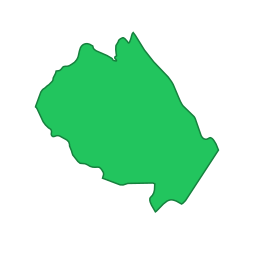 Naâma, orthographic projection, rotated 321°
{"feature_id": "DZA-2149", "entity_name": "Naâma", "entity_type": "Province", "adm_level": 1, "iso_a3": "DZA", "parent_name": "Algeria", "parent_adm1": "", "projection": "orthographic", "projection_center": [-0.771, 33.209], "detail": "fine", "context": "isolated", "style": "filled", "palette": "green", "viewbox_px": 256, "rotation_deg": 321, "n_neighbors": 0, "source": "natural_earth", "source_scale": "10m", "svg_char_len": 2399}
<svg xmlns="http://www.w3.org/2000/svg" viewBox="0 0 256 256"><g transform="rotate(321 128 128)"><path d="M96.5,210.4L97.7,202.8L98.6,199.7L99.3,198.2L100.5,196.7L101.6,196.1L104.6,195.7L107.2,194.6L109.6,192.8L113.7,188.2L112.6,186.3L92.9,170.9L88.4,169.2L86.1,167.2L76.6,151.0L79.6,148.9L80.1,148.3L80.6,147.6L80.9,146.8L81.0,145.9L81.3,144.1L81.3,142.1L80.9,140.4L79.7,139.2L77.6,137.7L75.8,136.0L74.4,133.9L73.4,131.2L72.2,128.8L68.6,125.3L68.0,122.5L68.1,114.2L68.9,112.1L69.8,110.0L71.2,105.3L72.3,103.8L73.2,101.5L72.9,98.7L69.8,91.1L69.0,90.1L67.8,89.1L65.4,88.2L64.3,87.5L63.9,86.1L64.2,84.9L64.9,84.0L65.7,83.3L66.5,82.4L67.0,81.2L67.1,80.2L66.3,77.8L65.8,73.6L66.0,69.7L69.4,56.1L69.6,54.5L69.4,53.4L70.4,52.7L82.9,45.2L85.4,44.5L86.4,44.4L88.5,44.6L91.9,44.4L93.5,44.6L98.2,44.1L98.9,43.9L99.5,43.7L100.4,43.0L101.3,42.1L101.7,41.9L105.9,40.0L106.7,39.5L108.0,38.5L109.8,39.6L110.7,40.1L111.9,40.4L113.4,40.2L115.5,39.7L116.3,39.7L117.1,40.0L118.4,40.8L119.5,41.7L120.9,42.4L122.5,42.8L127.7,43.3L130.9,42.7L132.7,42.0L134.3,41.1L138.7,37.6L141.6,35.7L143.0,35.2L144.3,35.0L145.7,35.0L147.1,35.4L148.5,36.1L149.5,36.9L150.5,38.2L151.0,39.0L152.2,42.1L151.3,44.1L151.2,45.1L151.5,46.7L151.9,48.1L157.3,58.5L159.2,63.5L159.3,64.5L159.1,65.1L159.1,65.9L159.3,66.5L160.6,68.1L160.9,68.4L161.3,68.5L161.5,68.3L161.7,67.9L161.8,67.5L161.8,67.0L161.7,66.3L161.7,66.0L161.7,65.6L161.8,65.3L161.9,65.1L162.4,64.7L162.8,64.5L163.3,64.5L163.9,64.7L164.4,64.7L164.7,64.5L164.9,64.1L165.5,62.9L167.9,59.3L170.1,56.8L170.4,56.5L170.7,56.3L171.4,56.0L172.7,55.6L175.1,54.6L175.7,54.1L176.1,54.0L176.5,53.9L178.2,53.9L180.4,54.4L180.9,54.7L181.3,55.1L181.8,56.8L181.9,59.3L182.0,60.1L182.0,60.6L181.9,61.1L181.8,61.3L181.8,61.7L181.9,62.2L182.3,62.4L182.7,62.4L183.1,62.3L186.1,60.6L189.4,58.2L190.9,57.3L192.1,57.1L192.0,60.6L189.8,77.8L189.6,92.9L191.3,113.7L191.0,119.4L190.5,122.6L186.7,135.7L185.4,140.4L184.8,143.7L184.7,145.4L186.5,160.7L186.4,161.9L185.9,163.7L180.0,180.0L179.8,181.9L180.0,183.8L181.1,185.5L182.2,186.3L183.3,186.6L184.4,186.8L185.3,187.0L186.1,187.5L186.3,188.0L186.6,188.6L186.8,189.6L186.9,190.8L186.8,192.3L186.3,195.9L184.4,202.1L127.0,220.6L123.4,221.0L121.8,220.8L119.6,215.3L118.7,213.8L117.9,212.6L117.2,211.8L116.4,211.0L115.9,210.7L115.2,210.3L114.0,209.8L112.4,209.4L107.7,209.3L97.6,210.5L96.5,210.4Z" fill="#22c55e" stroke="#15803d" stroke-width="1.5"/></g></svg>